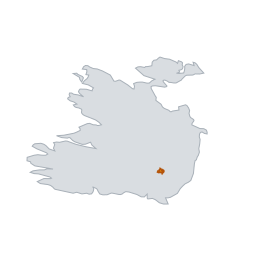 Carlow Lea-7, Carlow, Ireland shown in context, rotated 25°
{"feature_id": "5873133B49983124461260", "entity_name": "Carlow Lea-7", "entity_type": "district", "adm_level": 2, "iso_a3": "IRL", "parent_name": "Ireland", "parent_adm1": "Carlow", "projection": "equal_earth", "projection_center": [-6.883, 52.832], "detail": "fine", "context": "in_parent", "style": "filled", "palette": "amber", "viewbox_px": 256, "rotation_deg": 25, "n_neighbors": 0, "source": "geoboundaries", "source_scale": "gbopen_adm2", "svg_char_len": 4877}
<svg xmlns="http://www.w3.org/2000/svg" viewBox="0 0 256 256"><g transform="rotate(25 128 128)"><path d="M164.4,52.6L158.8,55.4L157.9,56.5L156.3,60.8L156.1,62.0L152.6,66.8L150.6,67.8L147.6,68.6L145.9,69.3L143.8,68.9L141.1,69.0L139.8,69.9L139.8,70.5L140.6,71.3L145.6,73.5L145.3,74.4L143.9,75.5L135.0,78.1L132.3,79.6L131.4,80.7L132.3,82.4L139.4,87.6L140.6,88.2L141.6,91.2L147.9,92.5L150.4,94.4L152.7,94.9L157.5,94.7L159.4,95.4L160.5,94.9L161.1,93.9L166.6,90.2L164.9,87.4L170.3,82.7L171.8,82.7L174.4,84.2L176.5,86.2L177.1,88.9L179.1,91.3L180.4,92.1L183.9,92.6L184.7,93.5L184.1,97.0L184.6,98.2L193.4,98.1L197.0,96.6L200.0,96.8L201.5,98.4L202.2,100.0L199.6,100.6L196.8,100.3L195.5,101.4L195.4,103.4L196.4,106.0L198.2,107.9L199.7,112.1L200.9,116.8L202.9,119.7L203.3,123.2L203.0,124.9L203.4,128.0L202.6,129.1L203.2,132.1L206.5,141.5L207.1,149.0L205.6,151.7L203.4,154.4L202.1,157.5L201.0,160.9L200.4,166.4L195.8,172.8L193.8,174.4L191.5,175.4L196.5,179.9L192.4,181.9L188.0,182.5L183.0,181.4L179.9,181.5L176.0,183.9L175.1,183.5L173.3,179.8L171.9,183.6L169.0,184.8L164.2,184.5L156.0,185.6L152.9,186.6L151.5,188.4L150.6,190.3L149.3,191.5L147.8,192.1L141.5,193.6L140.3,194.1L137.3,197.3L133.5,199.2L130.3,199.7L127.5,197.9L126.3,196.8L125.0,196.2L120.7,196.3L122.1,196.8L122.9,198.2L123.3,200.7L122.8,203.1L120.7,204.4L118.1,204.6L114.1,207.2L108.7,207.9L105.8,210.3L88.1,214.3L87.1,214.3L84.7,213.3L82.1,212.8L79.4,213.1L72.0,215.4L68.4,214.9L73.1,209.4L79.3,206.6L79.9,205.8L77.9,205.4L66.3,207.4L62.2,209.0L58.1,209.5L60.0,207.0L65.3,203.5L69.9,201.3L71.9,199.2L77.4,196.9L59.6,201.7L55.0,201.1L53.9,199.8L50.3,200.4L49.0,197.2L54.5,192.3L57.6,190.3L61.3,189.1L64.9,187.5L66.3,185.5L64.6,184.9L54.0,185.4L48.9,185.0L49.2,183.4L50.2,181.7L55.5,178.7L58.4,178.3L60.9,178.6L65.4,180.3L71.4,179.7L69.0,177.8L68.6,174.0L66.7,172.7L69.2,170.9L72.0,169.9L76.8,166.2L78.4,165.6L87.7,164.8L97.7,162.8L107.6,160.2L102.5,158.7L100.1,156.7L96.2,160.7L93.4,162.2L85.4,163.0L82.9,162.6L79.4,161.3L78.3,161.8L77.3,162.8L72.0,164.7L66.5,165.2L73.0,161.6L81.2,155.6L83.0,153.7L85.7,150.4L84.9,148.9L83.2,148.0L89.2,141.3L91.3,140.0L95.1,139.8L97.8,138.7L99.1,138.7L100.1,138.3L102.6,136.3L98.9,135.0L95.1,134.4L83.2,135.1L81.6,134.9L80.1,134.3L79.2,133.4L78.5,131.1L77.7,130.6L75.0,130.6L72.3,131.3L70.5,131.2L68.7,130.2L71.6,127.9L67.9,127.3L64.1,127.8L61.0,127.1L60.9,125.6L62.4,124.1L60.6,122.7L60.2,121.0L62.2,120.1L64.4,120.4L68.8,119.1L74.5,118.5L69.7,117.2L67.8,116.1L67.7,114.4L68.1,113.0L73.8,110.5L79.8,109.5L79.4,107.9L79.8,106.2L73.8,105.7L67.8,106.9L68.5,103.6L70.0,100.6L70.3,98.6L70.1,96.6L67.3,97.4L67.0,94.5L65.9,92.5L61.7,93.9L61.9,91.2L63.1,89.3L65.3,88.5L67.4,88.9L71.4,88.8L75.2,87.5L80.8,87.1L89.6,87.5L95.5,91.5L97.1,90.8L99.6,88.3L100.7,88.0L109.8,89.1L115.5,90.5L117.0,90.1L116.2,87.3L114.3,85.4L116.7,82.9L119.7,81.2L121.7,80.3L126.3,79.3L128.3,78.3L129.7,75.1L131.8,72.4L120.3,73.8L109.5,70.6L111.2,68.4L113.5,67.1L117.5,66.1L117.9,65.0L119.9,64.0L123.3,61.5L122.1,58.1L122.8,55.7L125.2,54.1L126.0,51.9L127.0,50.2L131.9,49.6L136.6,48.1L143.7,47.9L145.6,48.5L145.2,45.7L148.6,45.4L149.9,45.9L150.4,47.9L152.0,49.1L152.4,51.3L151.4,52.9L149.7,54.2L151.2,55.5L148.8,57.9L151.4,56.9L155.2,54.6L155.0,52.7L154.4,50.3L153.3,48.1L153.8,45.8L155.9,44.3L161.5,43.5L159.2,40.9L161.2,40.6L163.4,41.2L166.6,43.3L173.5,46.2L170.1,48.8L166.0,50.6L164.4,52.6ZM66.6,104.7L66.5,105.9L63.8,104.3L62.6,102.6L55.3,101.8L58.4,100.0L59.9,100.6L65.0,100.6L66.4,101.4L66.6,104.7Z" fill="#d9dde1" stroke="#a8b0b8" stroke-width="1"/><path d="M173.3,154.3L173.2,154.4L173.4,154.7L173.5,155.0L173.3,155.4L173.3,155.5L173.7,155.5L173.9,155.4L174.0,155.5L174.3,155.6L174.5,155.5L174.5,155.4L174.8,155.3L175.0,155.3L175.2,155.1L175.3,155.0L175.3,154.9L175.5,154.7L175.4,154.5L175.7,154.5L175.8,154.6L176.0,154.7L176.1,154.4L176.2,154.2L176.3,154.2L176.3,154.3L176.3,154.2L176.5,154.0L176.8,154.0L177.1,154.1L177.4,154.2L177.5,154.2L177.8,154.2L177.8,154.3L178.1,154.4L178.2,154.5L178.2,154.4L178.2,154.5L178.3,154.4L178.4,154.2L178.1,154.0L178.2,153.9L178.3,153.7L178.6,153.6L178.6,153.4L178.3,153.1L178.2,153.0L178.3,152.8L178.2,152.7L178.3,152.6L177.8,152.3L177.7,152.3L177.8,152.2L178.0,152.0L178.3,152.2L178.5,152.4L178.6,152.2L178.7,152.3L178.9,152.4L178.9,152.2L178.8,151.9L178.6,151.6L178.3,151.4L178.3,151.5L178.0,151.8L177.9,151.9L177.7,151.9L177.6,152.0L177.5,151.9L177.4,151.9L177.2,151.9L177.0,151.7L176.9,151.5L176.7,151.3L176.6,151.5L176.8,151.8L176.7,151.8L176.8,151.9L176.7,151.9L176.6,152.0L176.4,152.1L176.1,151.9L175.8,151.8L175.5,151.7L175.3,151.6L175.2,151.3L175.0,151.2L174.9,151.2L174.8,150.9L174.6,150.9L174.5,151.0L174.4,151.1L174.2,151.1L174.3,151.3L174.4,151.6L174.3,151.9L174.3,152.0L174.4,152.3L174.5,152.5L174.0,152.9L174.2,153.2L174.3,153.4L174.2,153.5L173.9,153.9L173.8,154.0L173.7,154.1L173.4,154.2L173.3,154.3Z" fill="#f59e0b" stroke="#b45309" stroke-width="1.5"/></g></svg>